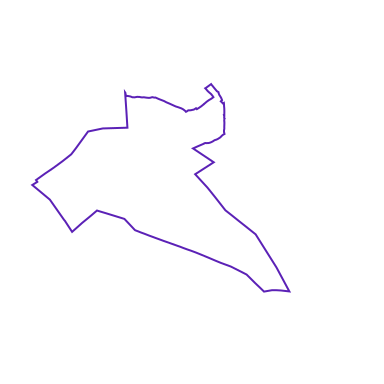 San Jerónimo Tlacochahuaya, Oaxaca, Mexico (Natural Earth projection), rotated 124°
{"feature_id": "50627088B1648916665378", "entity_name": "San Jerónimo Tlacochahuaya", "entity_type": "district", "adm_level": 2, "iso_a3": "MEX", "parent_name": "Mexico", "parent_adm1": "Oaxaca", "projection": "natural_earth1", "projection_center": [-96.569, 17.019], "detail": "fine", "context": "isolated", "style": "outline", "palette": "violet", "viewbox_px": 384, "rotation_deg": 124, "n_neighbors": 0, "source": "geoboundaries", "source_scale": "gbopen_adm2", "svg_char_len": 3566}
<svg xmlns="http://www.w3.org/2000/svg" viewBox="0 0 384 384"><g transform="rotate(124 192 192)"><path d="M146.9,303.1L161.8,291.5L174.8,281.5L189.2,301.5L200.0,312.0L220.4,312.7L223.9,312.9L228.3,313.2L239.0,316.6L250.1,320.6L258.8,324.1L269.3,328.0L270.1,325.9L270.4,326.0L270.7,326.1L271.4,326.5L271.6,326.6L271.9,326.7L272.2,326.8L272.4,326.9L272.7,327.1L273.0,327.2L273.6,327.5L273.9,327.6L274.2,327.7L274.5,327.9L274.8,328.0L275.1,328.1L275.5,328.3L277.8,305.6L286.6,282.6L287.1,280.8L287.2,280.7L292.1,269.1L279.1,265.8L271.8,263.6L267.7,262.4L264.8,261.6L260.5,260.4L260.5,260.2L260.3,259.7L257.7,251.4L254.6,241.2L252.1,233.0L253.4,227.2L255.4,218.5L255.5,217.8L254.7,214.4L254.2,212.0L253.2,208.0L252.1,203.1L251.1,199.1L250.9,198.3L250.7,197.4L248.8,189.8L248.5,188.5L247.6,185.1L245.0,175.0L244.6,173.4L244.0,171.2L243.3,168.0L242.2,163.6L241.2,159.9L240.0,154.9L239.0,150.2L237.1,140.9L235.8,134.1L234.6,128.3L232.1,118.2L229.9,100.6L232.2,88.7L233.3,82.1L234.3,76.6L228.8,70.9L226.4,67.4L223.9,63.2L220.0,55.7L207.3,79.8L191.5,115.6L189.8,137.4L189.1,145.9L188.5,154.1L183.4,169.8L179.7,181.7L175.5,199.3L155.2,190.6L155.3,215.5L151.1,212.9L145.2,209.1L144.9,209.1L144.7,208.9L144.2,208.6L143.9,208.3L143.5,207.5L142.9,206.7L142.5,206.1L141.9,205.4L140.8,204.5L139.9,203.9L138.5,203.1L137.0,202.5L136.4,202.2L135.8,201.8L135.4,201.4L134.7,200.9L133.3,200.1L132.3,199.7L131.5,199.3L131.1,199.2L130.7,199.1L130.4,199.0L129.9,198.9L129.4,198.8L128.9,198.8L128.3,198.6L127.6,198.4L127.0,198.2L126.1,197.7L125.8,197.5L125.0,198.2L124.7,198.7L124.5,198.9L123.7,199.5L122.5,200.2L122.1,200.3L121.0,200.9L120.6,201.2L120.4,201.4L120.2,201.5L119.9,201.7L119.6,201.9L119.4,202.0L119.2,202.2L118.9,202.3L118.6,202.5L118.3,202.7L118.0,202.9L117.9,203.0L117.7,203.1L117.4,203.2L117.1,203.5L116.8,203.7L116.4,204.0L115.9,204.2L115.6,204.6L115.4,204.7L115.3,204.8L115.2,204.9L114.9,205.1L114.7,205.3L114.2,205.5L113.6,205.9L113.3,206.1L113.0,206.1L112.8,206.1L112.7,206.4L112.6,206.5L112.5,206.8L112.3,206.9L112.2,207.0L111.9,207.2L111.6,207.3L111.3,207.5L111.1,207.6L110.8,207.8L110.8,208.1L110.6,208.3L110.5,208.0L110.2,208.2L108.1,209.6L107.9,209.7L105.6,211.3L104.5,212.1L103.3,213.1L100.5,215.2L100.3,215.4L101.3,215.8L101.1,216.7L101.0,217.2L100.9,217.6L100.7,218.8L99.1,218.4L98.6,219.0L98.1,219.9L97.8,220.2L97.6,220.6L97.1,221.6L96.2,223.7L95.7,224.4L95.4,224.9L94.4,225.9L94.5,227.7L94.3,228.4L93.5,231.2L92.5,234.5L92.0,236.3L91.9,236.5L93.0,236.9L95.5,237.8L96.6,238.2L98.0,238.7L98.6,239.0L99.0,237.3L99.5,235.6L99.8,233.8L100.0,232.0L100.1,231.2L100.2,230.6L100.4,230.1L100.6,229.4L100.9,228.5L101.1,228.1L101.4,227.3L101.7,227.4L102.1,227.5L103.2,227.9L103.7,228.1L104.4,228.4L105.4,228.9L106.2,229.3L106.5,229.4L106.9,229.5L107.2,229.7L107.8,229.9L108.1,230.0L108.6,230.2L109.3,230.4L110.0,230.6L110.8,230.8L111.8,231.1L112.3,231.3L112.4,231.2L112.8,231.3L113.3,231.5L114.6,231.9L115.9,232.3L116.9,232.7L117.6,233.0L118.4,233.3L119.7,233.9L120.6,234.3L120.3,235.5L121.7,236.1L122.5,236.5L122.9,236.8L123.8,237.7L124.9,238.7L126.1,240.3L126.4,240.8L127.4,241.1L128.5,241.6L128.9,241.9L128.6,242.7L128.4,245.4L128.6,247.5L129.4,250.7L130.2,253.4L131.3,260.0L132.0,263.6L132.2,265.9L133.5,271.6L134.1,275.1L134.8,276.0L135.6,278.0L137.2,279.3L138.1,280.4L139.3,282.6L140.4,284.9L141.5,286.3L142.1,287.5L142.5,288.6L143.2,289.7L143.7,290.6L144.5,291.4L145.6,292.5L146.4,293.8L146.8,294.4L147.1,295.9L147.3,296.6L147.9,298.0L148.3,299.0L148.9,299.7L148.8,300.7L148.4,301.5L147.1,302.6L146.9,303.1Z" fill="none" stroke="#5b21b6" stroke-width="2"/></g></svg>